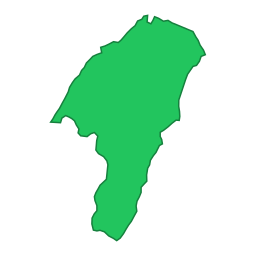 Itamari, Bahia, Brazil
{"feature_id": "56859067B3442577657956", "entity_name": "Itamari", "entity_type": "district", "adm_level": 2, "iso_a3": "BRA", "parent_name": "Brazil", "parent_adm1": "Bahia", "projection": "natural_earth1", "projection_center": [-39.673, -13.781], "detail": "fine", "context": "isolated", "style": "filled", "palette": "green", "viewbox_px": 256, "rotation_deg": 0, "n_neighbors": 0, "source": "geoboundaries", "source_scale": "gbopen_adm2", "svg_char_len": 1621}
<svg xmlns="http://www.w3.org/2000/svg" viewBox="0 0 256 256"><path d="M116.7,240.6L120.2,238.1L123.5,233.6L126.3,228.7L128.6,225.0L131.3,221.4L133.8,216.7L136.8,211.2L136.1,206.0L137.0,201.2L139.3,196.8L141.1,192.4L141.1,187.3L144.1,184.0L146.8,181.2L146.6,174.9L147.7,168.1L149.6,164.9L150.4,160.3L153.4,155.6L156.0,152.4L157.5,149.3L159.4,145.5L162.4,143.9L161.7,139.6L160.2,136.5L160.2,132.3L163.7,130.2L168.2,126.7L172.2,123.1L176.1,120.1L179.2,120.4L179.8,116.5L179.5,111.4L178.7,106.4L178.8,100.0L185.6,79.5L187.6,74.2L193.0,66.4L196.5,65.4L199.4,61.3L201.1,56.4L205.3,54.7L203.5,50.2L200.1,45.2L198.1,40.3L195.9,37.0L193.0,31.6L175.1,24.1L172.2,23.0L168.0,20.4L163.4,21.2L158.6,18.3L154.6,16.7L152.9,20.5L150.9,23.8L147.1,22.0L147.6,15.4L143.8,16.2L141.8,19.3L137.6,21.0L135.1,25.7L131.3,28.8L127.2,32.9L124.3,36.4L121.1,40.1L118.3,42.5L113.5,41.7L109.4,43.9L105.0,46.0L100.7,47.3L101.7,52.8L96.9,54.5L92.8,56.4L89.9,59.5L86.4,63.0L84.3,67.5L81.6,70.4L79.5,75.1L75.1,78.9L72.5,82.5L69.6,87.3L68.2,92.0L64.7,98.8L62.3,103.1L59.5,108.4L57.0,111.9L55.1,114.8L52.9,118.9L50.7,122.1L60.5,122.7L61.9,118.1L65.7,115.6L69.0,117.0L71.8,118.6L74.5,120.8L76.3,124.9L78.9,129.0L78.1,132.9L80.7,135.8L87.1,136.6L90.6,133.8L94.4,132.5L97.8,136.1L96.7,140.6L96.3,145.5L95.9,150.0L98.5,153.6L103.6,156.6L106.9,160.9L107.9,164.8L107.5,168.5L106.9,174.5L106.4,179.3L102.7,182.8L100.1,185.2L98.2,188.7L95.9,192.7L94.4,196.7L95.0,200.6L96.9,205.6L96.9,210.7L94.3,213.8L92.1,218.1L91.9,224.0L93.4,230.1L96.9,230.9L100.0,230.3L104.4,231.8L108.7,235.9L113.5,238.4L116.7,240.6Z" fill="#22c55e" stroke="#15803d" stroke-width="1.5"/></svg>